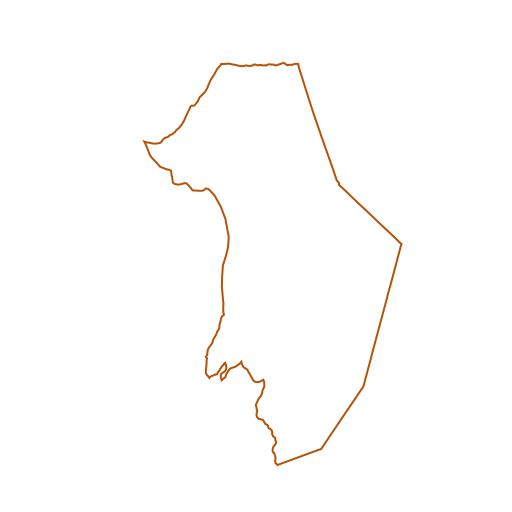 Mandera West, North-Eastern, Kenya (Equal Earth projection), rotated 195°
{"feature_id": "3690345B48276245407304", "entity_name": "Mandera West", "entity_type": "district", "adm_level": 2, "iso_a3": "KEN", "parent_name": "Kenya", "parent_adm1": "North-Eastern", "projection": "equal_earth", "projection_center": [40.274, 3.456], "detail": "fine", "context": "isolated", "style": "outline", "palette": "amber", "viewbox_px": 512, "rotation_deg": 195, "n_neighbors": 0, "source": "geoboundaries", "source_scale": "gbopen_adm2", "svg_char_len": 6094}
<svg xmlns="http://www.w3.org/2000/svg" viewBox="0 0 512 512"><g transform="rotate(195 256 256)"><path d="M181.3,59.6L150.7,81.2L145.2,85.0L143.1,86.4L134.9,110.4L128.1,130.1L123.1,144.4L120.3,152.7L118.5,157.5L118.5,174.0L118.5,186.4L118.6,190.5L118.6,206.8L118.6,237.9L118.6,247.2L118.7,253.5L118.6,263.0L118.6,271.0L118.6,287.7L118.7,301.8L118.7,304.0L118.7,305.5L119.1,305.5L119.4,305.6L120.8,306.3L125.4,309.0L136.8,315.1L146.9,320.5L158.1,326.7L167.8,331.8L177.7,337.2L187.1,342.5L188.1,343.0L194.5,346.3L194.5,347.8L197.6,350.0L202.2,356.9L207.8,365.2L214.0,374.2L218.9,381.3L224.6,389.6L225.7,391.4L230.5,398.4L236.2,406.8L241.0,414.2L246.5,422.7L250.7,429.3L256.2,438.0L263.1,448.8L264.6,451.6L264.9,452.4L266.3,452.2L267.6,451.8L268.9,451.2L270.1,450.3L270.9,449.8L272.2,449.7L273.3,449.3L274.6,448.6L274.8,448.6L275.6,448.4L276.3,448.7L276.5,448.8L277.0,449.0L277.5,449.2L277.7,449.3L278.5,449.6L279.2,449.6L280.2,449.1L281.5,448.2L282.3,447.7L282.9,447.3L283.8,446.7L284.8,446.0L285.5,445.6L286.1,445.2L286.9,445.1L287.9,445.5L288.9,445.3L289.5,445.2L291.0,444.9L291.8,444.7L293.0,444.6L293.8,444.2L294.2,443.8L294.8,443.3L295.6,442.7L296.2,442.4L296.9,442.5L297.5,442.3L298.5,441.8L299.6,441.8L300.9,441.7L301.8,441.6L302.9,440.9L303.5,440.6L305.6,440.7L305.9,440.7L306.3,440.7L306.9,440.6L307.8,440.3L308.4,439.7L309.0,438.8L310.3,438.4L311.1,438.0L311.9,437.8L312.5,437.7L313.5,437.6L314.4,437.6L314.8,437.5L315.2,437.4L315.8,437.0L316.0,436.9L317.0,436.4L318.1,435.9L319.0,435.7L320.0,435.4L323.4,435.3L325.5,435.2L327.5,435.1L328.1,435.0L328.5,434.9L329.0,434.9L330.5,434.9L331.8,434.8L332.5,434.7L333.0,434.5L333.4,434.3L334.1,434.0L334.4,433.9L335.7,433.5L337.0,433.1L338.0,432.8L339.3,432.5L339.4,431.5L341.2,428.1L342.0,426.3L343.4,420.3L345.2,414.9L346.2,408.7L346.5,405.5L347.9,400.9L348.5,399.9L349.3,398.5L350.1,397.0L350.7,396.1L351.3,395.1L351.7,394.0L351.9,392.7L352.0,391.3L352.3,390.2L352.7,389.3L353.2,388.1L354.0,386.5L354.6,385.5L355.5,384.8L356.6,384.7L357.3,384.4L358.0,383.3L358.1,382.0L358.4,380.2L358.7,378.7L359.3,375.7L359.7,373.4L360.1,371.0L360.5,368.2L361.1,366.0L361.7,363.6L362.5,362.1L363.1,360.8L363.6,359.6L363.8,359.3L364.1,358.8L364.5,358.4L365.0,357.9L365.2,357.6L365.7,356.5L366.2,355.1L367.2,353.6L367.9,352.7L368.7,351.7L370.0,350.8L370.9,349.9L371.4,348.9L372.0,348.1L372.9,347.5L374.1,346.8L375.0,346.0L375.7,344.7L376.3,343.8L376.8,342.0L377.7,340.6L378.8,339.9L380.9,339.0L382.9,338.3L384.6,338.0L386.7,337.8L388.7,337.8L390.7,337.5L392.2,337.5L393.5,337.6L392.1,336.1L388.6,331.6L384.8,326.2L382.3,324.1L374.8,319.5L371.9,317.5L369.0,317.1L365.0,316.6L361.7,316.8L360.0,316.2L358.4,311.9L357.5,310.9L356.9,309.3L356.2,307.4L355.2,305.3L353.4,304.6L351.6,304.6L349.9,304.8L347.9,305.5L346.0,306.5L344.4,307.6L344.1,307.8L342.1,308.2L339.2,306.6L336.7,305.0L334.9,303.4L334.1,303.0L333.1,303.2L331.4,303.6L329.3,304.0L326.9,304.5L324.6,305.3L323.5,305.8L322.7,307.1L321.9,308.2L320.6,308.4L319.3,308.4L317.6,307.5L315.6,306.2L313.8,305.0L312.0,304.1L302.6,294.3L295.5,284.4L294.9,283.4L287.2,267.1L285.8,260.0L285.3,257.4L285.1,248.1L285.5,238.0L283.3,227.0L281.1,217.7L275.8,203.2L275.3,202.3L275.2,201.8L275.1,201.2L274.6,199.3L274.2,197.2L273.5,195.0L273.2,193.7L273.0,193.2L272.8,192.8L272.2,191.9L271.9,191.6L272.0,190.3L272.6,189.9L273.4,188.3L273.5,187.8L273.6,186.6L273.6,186.1L273.6,185.5L273.4,184.3L273.4,184.0L273.4,183.6L273.4,182.8L273.5,182.4L273.5,182.0L273.5,181.3L273.4,180.1L273.2,178.9L272.9,177.3L272.8,176.8L272.9,176.3L273.0,175.4L273.0,175.1L273.1,174.8L273.6,173.8L273.9,173.3L273.9,172.7L273.9,171.7L274.1,170.3L274.3,169.2L275.1,166.5L275.3,165.9L275.4,165.5L275.6,164.2L275.7,163.7L275.7,163.2L275.7,162.2L275.7,160.6L276.0,159.7L276.2,159.2L276.3,158.8L276.8,158.0L277.2,156.6L277.8,155.4L278.1,154.0L278.2,152.7L278.1,151.0L277.8,149.1L277.6,147.9L277.7,147.4L277.9,146.9L278.3,145.5L278.1,145.3L277.5,145.0L277.1,144.7L276.9,144.4L276.7,143.5L276.6,142.2L276.4,141.1L276.0,139.7L275.6,137.5L275.3,135.8L275.1,134.1L274.8,132.6L274.5,131.0L274.0,129.7L272.9,128.7L272.5,128.4L272.1,128.1L271.2,127.5L269.4,126.1L269.1,127.2L267.9,128.5L267.1,128.9L266.6,129.4L266.0,129.9L265.4,130.5L264.8,130.7L264.2,131.3L263.4,131.4L262.9,131.9L262.8,133.8L261.6,136.2L261.4,137.4L260.6,139.7L260.3,140.7L259.6,141.8L259.1,142.6L259.0,143.6L258.7,144.3L258.2,144.9L257.7,144.4L257.4,144.0L257.1,143.6L256.6,142.3L255.8,141.0L255.5,139.6L255.8,137.7L256.3,136.6L257.7,134.9L259.0,133.2L259.1,131.3L258.5,129.7L257.7,128.3L257.0,127.1L256.5,127.9L255.9,128.9L254.9,130.1L254.1,131.4L254.2,133.2L254.0,134.6L253.6,135.9L252.7,138.8L251.8,140.5L249.9,142.0L247.3,143.7L245.7,145.4L244.0,147.7L243.3,149.0L242.8,150.1L242.1,148.6L241.3,147.4L240.4,146.5L239.5,145.6L238.3,145.0L237.2,144.8L235.5,144.2L234.6,143.7L233.6,142.4L232.8,141.5L231.8,140.9L230.9,139.7L228.4,137.2L227.0,135.5L225.6,134.6L224.1,134.3L222.5,134.4L220.9,134.9L220.0,135.5L219.2,136.2L218.4,136.7L217.7,137.6L217.1,138.3L216.3,137.6L215.4,136.2L214.9,134.6L214.3,132.2L214.3,130.7L214.7,129.3L214.9,128.4L214.8,127.1L214.6,125.4L214.8,124.1L214.9,122.5L215.4,121.3L216.2,119.5L216.8,117.5L217.0,116.0L217.2,114.5L217.4,113.5L217.6,111.7L216.7,110.6L216.1,109.2L215.7,108.3L214.9,107.1L214.8,105.7L214.7,104.3L214.4,103.2L214.2,102.1L213.3,100.7L212.3,99.9L211.2,99.3L210.4,99.5L209.0,99.5L208.4,99.3L207.5,99.6L206.6,99.2L205.9,98.6L204.8,97.5L204.0,96.4L203.1,96.1L202.5,96.0L202.1,95.9L201.6,95.8L201.4,95.8L200.6,95.4L200.1,94.3L199.8,93.8L199.6,93.4L199.1,92.8L197.6,92.7L196.7,92.2L195.9,91.8L195.4,91.2L195.1,90.5L194.5,89.7L194.5,89.0L194.5,88.3L193.9,87.8L193.4,87.0L192.9,86.4L192.3,86.1L191.7,85.8L191.0,85.6L190.8,85.4L190.4,85.1L190.1,84.5L190.0,84.2L189.7,83.2L188.8,82.0L188.2,80.8L188.6,79.2L188.7,78.9L188.8,78.6L189.3,77.5L189.9,75.9L190.0,74.7L189.8,73.5L189.6,72.4L189.2,71.3L188.5,70.6L187.5,70.4L186.9,69.6L186.7,69.2L186.5,68.8L186.0,68.0L185.6,67.3L184.9,66.4L184.8,65.7L184.8,65.2L184.7,64.6L184.6,63.8L184.4,63.2L184.1,62.0L183.7,61.2L182.7,60.6L181.8,60.1L181.3,59.6Z" fill="none" stroke="#b45309" stroke-width="2"/></g></svg>